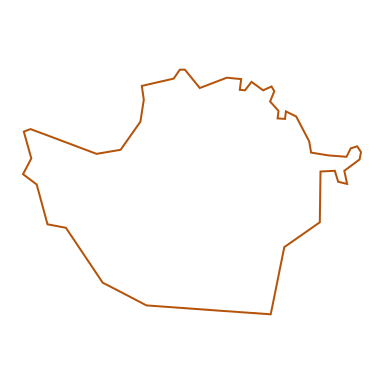 outline of Wulu, Lakes, South Sudan
{"feature_id": "79223893B61000747889625", "entity_name": "Wulu", "entity_type": "district", "adm_level": 2, "iso_a3": "SSD", "parent_name": "South Sudan", "parent_adm1": "Lakes", "projection": "albers", "projection_center": [29.335, 6.219], "detail": "fine", "context": "isolated", "style": "outline", "palette": "amber", "viewbox_px": 384, "rotation_deg": 0, "n_neighbors": 0, "source": "geoboundaries", "source_scale": "gbopen_adm2", "svg_char_len": 751}
<svg xmlns="http://www.w3.org/2000/svg" viewBox="0 0 384 384"><path d="M357.2,146.3L350.7,148.4L346.5,156.8L328.4,155.4L311.1,152.6L309.2,141.4L296.2,116.5L285.9,111.4L285.0,118.9L277.6,118.4L278.5,110.9L270.1,101.5L274.3,91.2L271.5,86.5L263.1,90.3L251.5,81.9L245.0,90.3L239.8,89.8L241.2,79.1L226.8,77.7L199.8,88.0L184.9,69.7L179.8,69.7L173.7,78.6L141.8,85.9L143.8,99.7L140.4,121.7L120.6,149.8L96.9,153.8L96.7,153.9L30.6,129.1L23.8,131.6L31.3,158.4L23.0,174.2L29.8,179.3L36.7,184.5L47.5,224.3L65.9,227.8L102.7,282.7L120.0,291.6L146.4,305.4L218.3,310.6L270.7,314.3L272.3,306.5L284.3,247.1L319.8,222.3L320.5,171.5L334.8,170.8L338.2,181.8L347.1,183.9L344.3,170.8L359.6,159.4L361.0,152.1L357.2,146.3Z" fill="none" stroke="#b45309" stroke-width="2"/></svg>